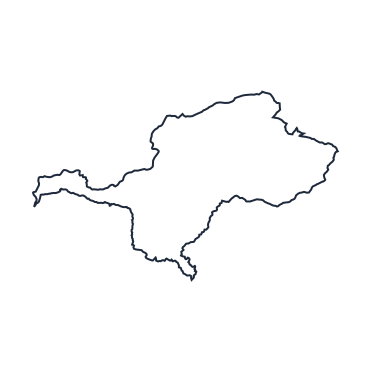 Marulanda, Caldas, Colombia, rotated 65°
{"feature_id": "7082276B71497908860024", "entity_name": "Marulanda", "entity_type": "district", "adm_level": 2, "iso_a3": "COL", "parent_name": "Colombia", "parent_adm1": "Caldas", "projection": "natural_earth1", "projection_center": [-75.264, 5.211], "detail": "fine", "context": "isolated", "style": "outline", "palette": "slate", "viewbox_px": 384, "rotation_deg": 65, "n_neighbors": 0, "source": "geoboundaries", "source_scale": "gbopen_adm2", "svg_char_len": 6062}
<svg xmlns="http://www.w3.org/2000/svg" viewBox="0 0 384 384"><g transform="rotate(65 192 192)"><path d="M138.8,341.4L136.6,337.8L136.5,335.9L135.9,334.7L133.2,332.2L130.6,330.3L131.3,328.0L131.7,327.5L131.9,325.9L132.7,324.4L133.2,321.9L133.7,321.1L133.6,320.3L134.4,317.7L134.9,317.0L135.4,315.7L135.7,313.2L135.6,311.6L135.1,310.6L134.4,310.8L134.2,310.6L133.8,309.2L135.3,307.7L136.1,305.7L137.0,304.7L137.6,304.4L139.2,304.2L140.1,303.3L141.5,302.5L142.3,301.5L142.5,300.1L144.5,298.7L146.1,296.8L147.7,296.0L148.4,294.6L148.6,293.3L149.1,292.1L150.9,290.8L154.0,289.6L154.4,288.4L155.8,288.1L156.9,287.2L158.4,285.3L159.9,284.4L160.8,282.7L162.0,282.1L163.6,278.5L164.3,277.6L164.6,276.3L164.2,275.6L164.4,275.0L165.0,274.7L167.1,272.4L167.8,272.0L169.6,272.4L169.8,271.4L168.9,270.5L168.8,270.2L169.6,268.9L169.8,267.7L171.4,266.7L172.8,264.3L174.7,262.8L176.3,261.1L177.2,259.6L177.9,257.5L179.1,257.3L179.9,256.1L181.6,255.2L182.3,255.5L184.8,255.7L187.2,255.3L188.9,256.4L190.7,256.5L192.4,257.9L192.3,258.2L193.0,258.2L194.9,259.1L196.0,259.0L197.5,260.3L200.3,261.7L201.0,262.9L202.3,263.4L203.5,263.3L203.8,263.8L205.3,264.2L205.7,265.1L206.8,265.1L208.4,265.8L209.5,265.5L210.6,266.1L211.9,266.1L214.4,268.5L214.8,267.9L216.0,267.2L217.3,268.4L218.9,268.6L220.3,267.2L223.4,262.3L225.5,261.7L227.3,260.1L229.0,259.4L230.0,259.7L231.2,261.5L232.4,261.4L234.1,260.2L237.2,257.1L237.5,256.4L236.0,252.7L237.1,252.7L239.0,253.5L240.6,252.1L240.8,250.6L241.5,249.6L241.3,247.6L241.9,246.5L242.8,245.9L242.7,245.3L241.7,244.1L241.6,243.2L244.9,241.0L245.0,240.2L244.6,239.1L245.2,238.9L246.3,239.0L246.7,238.7L246.9,236.8L247.4,236.0L248.6,235.8L250.1,234.8L253.1,234.9L254.5,235.7L255.1,235.5L255.7,234.4L256.1,234.2L258.8,234.6L259.6,234.0L262.2,234.2L263.2,233.2L265.7,231.7L266.6,229.1L268.1,228.2L269.5,229.2L271.5,229.5L270.4,226.6L268.3,225.4L267.9,223.5L266.7,222.6L266.2,221.8L265.7,221.8L264.8,222.8L263.8,222.0L262.7,222.3L261.7,221.0L260.6,220.5L260.2,220.7L260.4,222.1L260.1,223.1L259.4,223.6L257.7,224.0L256.7,224.8L255.2,224.5L254.0,225.0L253.1,223.6L251.9,222.6L250.3,222.9L249.7,223.7L250.5,225.2L250.2,226.1L249.2,226.3L247.6,225.9L246.8,227.1L245.1,228.8L244.8,228.8L244.2,227.6L241.7,227.0L240.9,224.2L239.0,224.5L238.7,224.3L238.1,223.6L237.7,221.8L236.4,219.2L236.7,218.0L237.2,217.0L236.9,214.4L237.8,212.0L237.8,211.0L236.1,208.7L235.9,206.3L235.4,204.3L233.8,203.5L234.3,201.9L233.9,201.0L232.7,200.1L233.1,198.6L232.9,197.8L231.4,196.5L232.1,195.2L231.7,193.7L230.8,192.0L228.8,191.5L226.9,190.2L225.5,188.2L224.4,187.4L223.1,187.0L221.9,185.2L221.5,183.3L220.3,182.7L219.0,182.5L218.7,182.0L218.6,180.2L219.1,178.5L219.1,177.5L218.4,176.7L216.6,176.2L216.2,175.5L215.9,172.8L215.7,172.4L214.2,171.7L214.4,169.9L212.6,168.4L215.4,165.1L215.8,163.9L216.5,163.0L214.8,159.3L213.8,154.8L214.1,153.3L215.4,152.2L217.8,151.1L218.4,149.3L218.8,148.8L221.7,147.0L223.2,146.9L223.6,146.6L225.1,143.5L226.0,136.4L228.6,132.0L229.7,131.0L231.5,130.3L234.5,127.8L235.3,126.8L238.3,124.5L240.0,122.0L241.1,121.1L241.2,119.8L240.7,118.3L240.6,114.9L240.3,114.1L242.1,108.5L242.0,106.6L241.4,105.3L241.6,103.4L241.5,102.0L240.7,100.8L239.0,99.0L238.4,96.7L238.3,94.6L238.9,92.8L239.2,90.5L241.1,88.3L241.9,86.3L240.0,82.7L238.7,81.6L238.0,80.1L238.0,76.6L237.7,75.3L237.9,74.3L237.7,69.3L238.0,68.4L237.6,66.6L237.1,66.0L234.8,66.0L232.3,65.3L231.1,63.2L230.8,61.7L229.4,59.2L229.1,59.0L227.5,59.1L225.6,57.8L225.5,56.6L224.6,54.7L223.9,52.0L222.9,50.1L222.1,49.6L220.7,49.4L220.0,48.3L218.4,47.1L217.1,45.7L216.6,44.8L216.7,42.7L215.2,42.9L213.5,42.6L211.9,43.1L211.2,43.5L210.1,44.7L208.4,44.9L206.7,46.5L205.3,48.0L205.2,50.3L204.8,51.4L202.3,53.0L201.7,53.8L201.4,54.9L201.0,55.4L197.7,57.9L195.4,59.1L194.5,61.0L193.1,61.8L190.1,65.6L187.6,69.6L186.6,70.8L186.3,70.5L186.5,68.7L186.2,66.1L185.1,67.7L182.3,69.5L182.0,70.4L181.3,70.5L179.1,69.9L178.3,70.0L178.9,71.2L179.6,72.0L181.1,75.4L182.2,76.6L180.4,79.5L179.5,80.2L177.6,80.4L175.9,81.0L173.1,80.1L172.4,80.3L170.0,77.3L167.7,79.3L164.8,80.2L161.7,82.6L158.6,87.1L157.0,83.4L155.8,81.6L155.5,79.7L154.6,77.3L152.3,76.6L148.7,75.1L147.9,76.0L147.4,77.1L146.8,77.7L145.5,78.0L144.0,78.9L142.3,78.6L139.7,78.9L136.9,79.5L135.8,80.1L132.6,84.1L130.8,86.0L131.3,86.6L131.9,90.1L130.5,92.1L130.1,94.5L128.7,97.2L126.8,102.3L126.0,105.1L125.4,110.1L125.1,113.4L126.5,115.1L127.0,116.9L126.7,120.9L125.3,124.4L122.7,128.6L121.6,132.0L121.8,134.8L122.3,136.6L122.4,141.1L122.8,142.0L123.0,145.7L122.8,146.9L123.5,149.0L123.3,156.0L123.4,159.5L122.6,162.0L121.4,164.2L121.1,165.9L119.2,167.2L117.3,167.6L119.0,172.8L118.3,173.9L116.4,174.8L116.0,175.2L115.0,177.1L114.6,178.5L113.6,179.3L112.5,182.5L113.9,184.7L118.0,189.9L118.7,191.2L118.9,192.7L118.5,194.4L119.6,196.7L119.7,198.8L120.6,201.2L122.3,203.8L124.7,205.2L126.1,206.6L128.4,208.1L129.2,208.1L131.3,206.9L132.2,207.0L133.5,207.8L135.3,209.7L136.0,209.7L136.6,209.1L137.3,207.2L138.7,205.7L140.6,204.9L141.4,205.1L142.5,206.7L144.9,211.2L147.0,213.9L152.4,216.8L153.4,219.9L153.1,222.4L152.4,224.2L151.0,225.5L149.8,231.9L148.2,235.2L148.6,238.3L147.7,241.2L147.7,243.2L148.1,245.1L148.8,246.4L149.9,247.8L151.8,249.3L152.3,250.3L152.3,253.2L154.0,256.1L154.3,257.1L154.5,259.2L153.7,260.0L152.5,260.1L151.6,261.5L151.5,263.5L152.6,266.5L152.1,268.9L152.1,271.4L150.6,274.5L150.3,276.1L148.0,279.9L147.6,281.3L147.0,281.8L145.0,282.4L144.3,283.6L142.6,284.9L139.7,283.9L138.8,283.9L137.8,282.2L135.8,282.4L135.4,282.7L134.1,282.0L133.7,282.1L132.7,284.1L132.3,284.5L130.5,283.9L130.4,284.6L129.6,286.6L128.3,286.6L125.7,284.9L124.9,285.3L124.2,286.0L123.5,287.8L123.7,291.2L123.4,292.6L122.1,294.6L119.7,296.3L118.6,297.6L118.0,298.7L118.1,299.4L118.4,300.3L120.4,303.7L120.6,305.1L119.5,306.7L118.6,310.5L118.9,311.9L118.6,314.5L116.7,317.5L115.3,319.0L115.6,320.4L115.3,321.4L114.6,322.2L114.1,324.0L114.5,325.0L116.9,326.6L119.6,327.0L121.3,328.0L125.6,333.5L125.2,335.5L125.2,336.0L125.5,336.4L127.9,336.6L130.2,335.8L132.8,335.8L134.1,336.5L135.4,338.6L138.8,341.4Z" fill="none" stroke="#1e293b" stroke-width="2"/></g></svg>